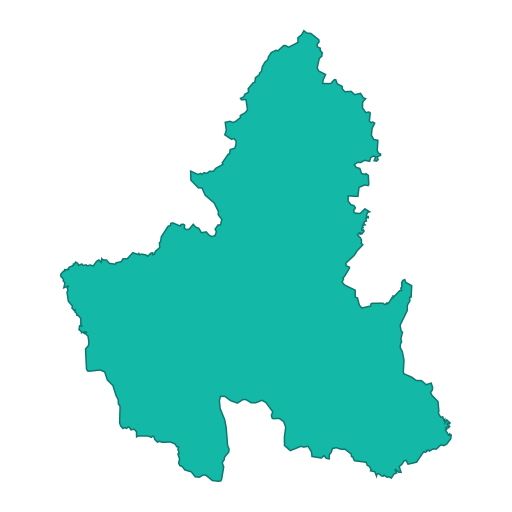 Kyaukme, Shan, Myanmar (Natural Earth projection)
{"feature_id": "60261553B11251200769941", "entity_name": "Kyaukme", "entity_type": "district", "adm_level": 2, "iso_a3": "MMR", "parent_name": "Myanmar", "parent_adm1": "Shan", "projection": "natural_earth1", "projection_center": [97.145, 22.817], "detail": "fine", "context": "isolated", "style": "filled", "palette": "teal", "viewbox_px": 512, "rotation_deg": 0, "n_neighbors": 0, "source": "geoboundaries", "source_scale": "gbopen_adm2", "svg_char_len": 6017}
<svg xmlns="http://www.w3.org/2000/svg" viewBox="0 0 512 512"><path d="M303.9,30.7L301.6,34.8L297.9,37.7L298.0,42.4L288.7,47.2L285.0,45.4L283.5,45.7L277.8,50.9L276.1,50.2L271.2,52.6L268.3,57.1L268.0,59.5L264.9,62.2L262.3,66.8L261.5,71.3L259.6,73.0L259.1,75.0L255.5,77.6L254.8,82.3L253.2,82.7L248.2,88.7L248.5,92.2L244.8,94.3L243.8,96.8L240.5,98.4L241.4,99.8L246.0,99.6L247.5,109.7L245.3,112.7L240.3,115.5L240.5,117.5L235.8,121.3L233.1,122.5L230.0,121.3L225.2,122.3L226.3,130.3L224.8,134.8L231.4,139.3L234.1,138.6L236.1,141.2L236.0,144.4L234.8,148.2L230.2,149.6L229.4,154.0L228.2,154.2L222.2,162.9L223.0,164.3L215.7,168.4L213.4,171.3L209.5,171.3L206.7,173.4L204.1,172.6L201.9,174.5L200.7,173.4L198.0,174.5L190.6,171.1L190.9,180.2L198.3,187.8L202.0,188.0L205.2,195.2L214.2,203.0L218.4,211.5L218.2,214.7L221.8,219.4L220.5,225.0L218.1,224.9L215.1,229.2L216.4,231.7L215.1,235.5L212.0,236.6L209.2,235.3L206.2,231.9L201.4,232.7L198.8,228.3L195.8,227.2L193.2,224.3L189.2,229.2L186.6,229.6L184.4,228.4L184.6,225.0L183.1,224.2L181.0,224.5L180.1,226.0L172.6,222.8L170.7,223.5L170.6,225.3L168.0,226.4L161.3,236.8L160.6,241.7L159.4,242.7L159.7,247.6L155.4,251.3L154.4,254.2L152.6,254.7L152.8,252.9L151.1,253.0L147.6,256.3L146.5,255.1L141.8,254.1L139.2,254.7L138.8,253.4L137.6,254.4L132.8,252.6L127.3,258.8L123.0,258.8L121.3,261.7L116.0,262.8L115.2,264.2L109.2,263.3L106.6,260.1L102.6,259.8L101.8,258.7L101.2,262.4L98.9,259.9L96.6,261.3L93.3,265.9L90.0,265.0L87.5,265.9L86.2,264.9L82.8,265.4L81.8,264.0L78.5,265.4L77.7,263.3L75.5,262.1L74.6,263.8L73.3,264.1L73.3,265.5L69.4,267.1L68.1,268.7L68.5,269.6L64.7,269.6L65.0,270.8L63.4,271.2L60.8,274.2L60.8,276.3L63.5,279.2L63.2,280.7L65.0,283.0L63.8,287.8L68.8,285.8L67.2,287.6L67.9,290.6L67.0,292.2L68.4,301.4L72.4,306.0L72.0,308.2L74.3,310.5L75.3,309.9L75.0,311.9L76.6,313.3L76.8,315.2L78.0,315.3L80.8,318.4L80.8,324.4L81.8,325.9L79.6,325.8L79.0,329.7L81.3,331.4L81.5,332.8L82.7,332.3L84.3,333.3L84.4,331.7L86.1,331.9L86.5,332.5L85.3,333.6L88.0,336.1L88.9,342.1L88.5,345.5L85.5,349.0L86.5,369.0L87.5,370.9L89.3,371.2L100.1,370.0L104.7,371.9L107.4,380.0L112.9,385.5L116.0,395.4L118.2,399.5L118.4,403.9L120.1,406.5L119.6,422.8L120.7,426.0L122.9,428.5L125.0,427.6L126.6,428.4L128.2,426.9L129.6,427.5L130.8,429.8L134.4,429.3L136.5,431.8L136.6,436.8L137.9,436.0L147.9,436.0L151.4,437.3L152.3,436.2L153.8,436.6L154.8,439.5L157.5,442.2L159.4,441.3L162.2,442.3L170.5,442.0L175.3,444.1L176.7,446.7L178.6,446.9L177.9,449.5L179.2,453.1L177.9,454.0L179.6,459.1L178.6,462.8L179.7,465.5L182.3,466.6L184.8,469.9L191.4,471.9L195.2,476.8L199.4,477.2L203.2,475.0L205.9,475.2L212.3,480.5L219.0,481.3L220.9,480.8L221.7,478.8L223.7,466.9L222.2,462.7L224.0,460.1L224.7,456.9L228.7,452.1L229.1,449.1L227.6,445.5L226.2,427.8L224.6,419.5L220.1,408.5L219.4,400.8L220.4,396.4L225.0,396.4L230.5,400.6L237.4,403.1L242.8,399.6L245.8,399.5L251.2,402.8L255.6,402.8L261.9,400.3L265.9,402.5L272.7,411.7L271.4,415.6L272.1,418.0L273.1,418.7L279.1,418.4L283.7,421.6L285.7,427.1L284.4,437.2L284.5,445.5L290.3,450.6L301.0,446.3L303.7,447.1L308.1,446.3L311.5,452.0L312.0,456.5L321.4,458.0L324.1,455.6L326.2,458.3L329.3,458.9L329.3,454.8L331.3,452.1L332.4,448.5L336.4,447.7L340.7,449.2L345.2,449.3L351.2,454.0L351.5,456.6L352.8,457.0L354.4,460.7L366.2,462.3L367.3,465.4L369.1,466.2L371.1,469.3L370.5,470.8L374.8,471.7L376.5,476.0L376.9,474.0L378.9,473.7L381.4,475.9L383.2,476.2L384.1,475.2L387.1,477.3L388.6,476.7L391.4,478.1L393.7,474.3L396.6,472.9L394.9,468.9L398.6,472.2L401.0,472.3L399.2,466.4L401.6,464.7L404.2,460.8L406.1,460.3L408.0,464.2L416.6,462.2L423.6,451.8L425.6,452.3L427.3,450.8L426.9,450.3L428.8,450.1L429.3,451.1L432.9,449.0L436.3,449.1L440.8,444.9L443.9,445.6L446.6,444.2L450.7,438.9L451.2,435.0L449.8,434.1L449.9,435.2L448.8,435.3L445.4,430.0L447.1,428.8L445.8,427.5L447.7,426.8L448.5,427.7L449.7,426.5L447.1,424.1L448.2,422.8L449.3,423.9L450.1,423.0L446.8,419.9L444.9,422.9L444.8,419.4L443.9,420.4L442.7,416.8L441.0,417.3L439.2,415.0L438.3,412.2L438.9,411.3L438.0,401.6L431.8,395.2L430.6,392.4L432.3,390.1L432.6,387.5L431.2,383.1L426.1,384.7L421.4,380.6L416.2,380.5L412.0,377.3L403.9,373.8L403.3,372.2L404.0,360.1L402.3,351.7L400.2,347.5L400.5,343.7L401.6,342.1L400.9,338.6L402.5,332.2L401.1,331.0L400.1,325.2L407.3,310.5L407.3,305.3L409.9,300.8L409.6,297.3L411.1,297.1L411.7,285.7L405.5,282.2L404.8,279.6L402.8,280.4L401.7,282.7L401.9,286.9L400.8,288.2L401.6,290.5L399.7,290.7L394.5,296.1L393.0,296.0L393.1,297.7L392.2,297.4L388.8,302.8L387.3,303.9L387.0,302.9L384.8,304.7L382.9,303.2L372.6,303.3L371.2,303.6L370.5,306.0L361.9,308.0L359.4,305.3L357.4,297.8L355.2,297.2L355.2,290.2L344.5,285.0L342.1,282.0L343.5,279.2L342.8,277.7L344.3,276.7L349.3,268.4L349.5,267.2L346.1,265.7L345.9,263.1L354.3,255.3L357.1,250.8L362.8,244.8L361.3,243.2L361.5,240.4L360.6,238.1L357.4,234.8L359.2,232.8L360.4,232.8L360.1,234.2L362.1,233.8L364.0,231.1L363.5,229.9L361.8,230.1L361.7,228.2L363.2,227.7L362.4,225.4L365.1,224.8L363.6,223.3L364.7,221.5L366.4,221.1L365.9,217.7L368.3,217.8L368.2,216.5L366.9,216.6L366.4,215.4L367.6,212.4L369.6,211.8L364.9,208.8L360.2,213.5L355.4,213.2L353.9,212.2L353.7,210.4L355.4,207.9L353.9,205.6L350.9,204.7L348.1,201.0L348.2,195.9L357.9,196.4L359.0,187.4L364.8,184.9L368.2,185.6L368.8,184.4L368.3,175.4L366.0,173.6L365.4,174.4L361.6,173.6L359.8,168.4L356.3,167.5L354.2,164.6L357.3,162.5L360.7,162.5L364.6,160.3L369.6,161.3L370.7,157.6L373.1,156.1L375.6,156.8L374.1,160.7L376.7,161.1L378.1,159.6L377.2,156.8L380.5,155.4L380.6,154.0L378.7,153.3L377.2,150.7L377.9,140.3L373.7,139.5L371.4,135.2L372.1,128.3L374.7,123.2L372.8,122.0L371.1,122.7L369.4,121.1L370.2,112.9L368.9,112.0L365.8,112.6L362.5,107.8L362.6,102.1L365.6,98.7L363.3,97.8L360.5,93.3L354.7,94.7L351.2,91.4L344.7,91.7L342.3,88.8L342.1,86.3L337.2,83.8L335.7,79.7L334.3,79.7L330.7,83.6L322.6,83.5L323.2,79.8L325.6,74.5L318.6,71.0L317.2,67.8L319.3,58.4L321.8,56.2L322.2,52.6L320.2,50.5L320.3,48.2L317.4,46.9L317.1,44.4L319.1,41.9L318.8,39.8L310.8,33.4L306.9,33.1L303.9,30.7Z" fill="#14b8a6" stroke="#0f766e" stroke-width="1.5"/></svg>